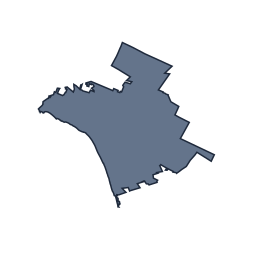 the district of Champotón, Campeche, Mexico, rotated 293°
{"feature_id": "50627088B90852523965903", "entity_name": "Champotón", "entity_type": "district", "adm_level": 2, "iso_a3": "MEX", "parent_name": "Mexico", "parent_adm1": "Campeche", "projection": "equal_earth", "projection_center": [-90.832, 19.131], "detail": "fine", "context": "isolated", "style": "filled", "palette": "slate", "viewbox_px": 256, "rotation_deg": 293, "n_neighbors": 0, "source": "geoboundaries", "source_scale": "gbopen_adm2", "svg_char_len": 5024}
<svg xmlns="http://www.w3.org/2000/svg" viewBox="0 0 256 256"><g transform="rotate(293 128 128)"><path d="M91.5,175.7L91.8,171.0L94.7,169.3L97.8,172.9L97.8,171.0L98.1,171.7L101.4,176.7L105.8,171.9L106.1,172.2L107.1,172.5L107.0,173.0L106.8,174.2L106.2,179.4L103.9,178.9L104.3,180.2L104.6,180.6L106.1,180.9L106.0,182.1L105.9,183.3L105.7,185.9L105.7,186.6L105.0,186.6L105.3,188.0L105.6,189.6L105.6,190.0L105.3,190.5L105.6,190.6L106.8,191.4L108.3,192.3L111.0,193.8L114.9,196.4L115.4,196.7L122.6,197.9L129.1,200.1L132.6,200.9L129.9,217.6L137.1,217.9L138.7,180.3L157.1,182.2L157.9,170.3L158.4,166.1L164.5,166.3L167.7,166.3L168.9,157.2L173.9,152.0L174.2,152.0L174.1,149.3L174.4,148.7L174.3,146.3L174.9,146.3L174.9,141.1L194.1,145.2L192.8,140.4L202.1,144.4L202.9,114.2L204.0,101.3L204.5,89.4L200.4,89.6L198.4,89.5L192.7,89.5L189.5,89.4L179.0,88.4L178.1,96.6L177.5,100.3L176.7,105.7L176.0,110.1L171.1,108.1L172.1,113.4L169.6,112.8L169.0,107.4L165.7,106.6L165.1,106.6L164.2,107.9L158.7,108.0L158.7,106.6L157.4,106.6L157.3,104.2L158.7,104.2L158.7,99.5L156.4,99.4L156.5,97.3L156.4,75.8L153.0,71.7L151.9,72.1L152.3,73.3L150.9,73.6L150.6,73.7L150.8,75.7L153.6,75.1L153.6,77.2L154.2,77.1L154.3,78.7L153.7,79.8L152.8,80.5L150.4,78.9L149.4,81.7L149.3,81.9L149.1,82.1L148.2,82.5L148.2,78.7L145.3,78.4L144.5,71.9L144.9,71.0L144.7,69.2L146.6,69.1L150.1,68.7L149.6,68.4L149.2,67.7L146.6,68.1L145.7,68.2L145.0,68.2L146.6,63.8L147.0,61.1L144.7,62.2L143.3,63.2L142.6,63.5L141.1,63.6L139.7,63.6L140.2,62.1L141.0,59.3L142.0,55.8L140.9,55.4L141.0,54.4L140.7,54.4L140.7,55.1L139.6,55.2L139.5,56.8L136.4,56.8L136.3,56.4L133.5,56.0L133.2,55.7L132.9,55.5L132.9,55.4L132.3,55.1L132.3,51.7L132.3,49.6L135.0,49.4L137.3,49.6L137.7,49.7L137.2,47.7L137.0,47.4L132.5,47.6L132.6,46.1L129.6,46.4L127.1,43.5L126.8,44.6L125.7,44.3L126.3,42.9L124.2,43.2L124.1,42.7L119.1,39.5L117.6,40.0L116.9,40.2L116.8,40.4L116.4,40.4L115.1,40.1L111.8,38.6L110.5,38.1L110.2,38.6L109.8,39.1L109.6,39.3L109.2,39.8L108.9,40.2L108.8,40.3L108.9,40.7L108.8,40.9L108.3,40.8L108.2,40.9L108.4,40.9L108.4,41.1L108.5,41.1L108.5,40.9L108.7,41.1L108.7,40.9L108.8,40.9L108.8,41.0L109.0,41.0L109.1,41.3L109.1,41.5L109.2,42.0L109.2,42.6L109.0,43.6L108.7,43.6L108.5,44.0L108.8,43.7L108.9,44.1L108.9,44.4L109.3,44.4L109.3,44.6L109.5,44.6L109.8,44.7L110.0,44.8L110.1,45.0L110.5,45.1L110.9,45.9L111.2,46.8L111.3,47.3L111.4,48.2L111.3,49.0L111.2,50.2L110.7,52.1L110.3,53.5L109.5,55.8L108.8,57.5L108.7,57.6L108.6,57.8L108.5,58.1L108.3,58.5L108.5,58.7L108.9,58.7L109.0,58.9L109.0,59.1L109.1,59.6L109.2,60.1L109.1,60.7L109.1,61.1L108.8,61.9L108.7,62.2L108.8,62.5L108.8,62.8L108.6,63.3L108.5,63.6L108.3,64.0L108.5,64.4L108.5,64.6L108.5,64.4L108.6,64.5L108.6,65.2L108.4,66.2L108.4,66.4L108.5,66.6L108.5,67.1L108.6,67.3L108.7,67.6L109.0,67.9L109.2,68.4L109.3,70.0L109.3,70.9L109.2,71.7L109.1,72.4L108.8,73.1L108.8,73.3L108.7,73.6L108.8,73.9L108.8,74.4L108.9,74.7L108.9,74.9L108.9,75.1L108.7,75.7L108.6,76.2L108.4,77.0L108.5,77.3L108.5,77.7L108.4,78.2L108.3,78.8L108.1,79.9L107.8,81.0L106.9,83.3L106.7,84.0L106.7,84.4L106.6,87.0L106.7,87.9L106.7,88.3L106.8,88.3L106.9,89.4L107.0,90.1L106.9,91.2L106.8,91.3L106.7,91.3L106.6,91.5L106.3,92.3L105.9,93.2L105.8,93.6L105.3,94.8L104.8,95.9L104.5,96.4L102.7,99.4L101.8,100.7L101.5,101.0L100.4,102.5L98.8,104.5L97.6,105.7L97.0,106.3L94.8,108.5L93.6,109.8L93.1,110.4L92.6,111.0L91.9,111.9L91.2,112.7L91.1,112.9L90.2,114.0L87.8,116.7L87.6,116.9L87.4,117.1L86.9,117.7L86.3,118.4L85.9,118.8L85.9,119.0L85.9,119.3L85.7,119.4L84.5,120.6L84.0,121.1L83.5,121.7L81.2,123.8L79.5,125.3L78.2,126.3L78.0,126.5L77.6,127.0L76.2,128.1L75.2,129.0L75.0,129.3L74.3,130.0L72.8,131.1L72.3,131.4L71.2,132.3L70.9,132.5L70.6,132.8L70.1,133.1L69.9,133.2L69.6,133.4L69.2,133.9L68.1,134.8L67.4,135.3L67.0,135.6L66.2,136.2L65.5,136.8L64.0,138.1L63.8,138.3L63.8,138.5L63.3,139.0L63.0,139.5L62.7,139.8L61.9,140.6L60.8,141.4L60.5,141.7L60.4,141.8L60.4,142.2L60.4,142.5L60.5,142.6L60.4,142.8L60.3,143.0L60.1,143.3L59.5,143.8L58.5,144.6L58.0,145.0L55.2,147.0L54.9,147.3L54.7,147.4L54.3,147.7L53.7,148.2L53.0,148.7L51.5,149.6L51.6,149.8L51.7,150.3L51.9,150.0L52.3,149.7L52.5,149.5L52.7,149.4L52.8,149.5L53.1,149.5L53.3,149.6L53.9,149.3L54.1,149.1L54.1,149.7L54.1,149.9L54.1,150.0L54.3,150.1L54.6,150.2L54.9,150.3L55.2,150.2L55.3,150.0L55.4,149.8L55.7,149.6L55.8,149.4L56.1,149.2L56.4,149.3L56.6,149.2L56.9,148.6L57.0,148.4L57.1,148.1L57.0,147.6L56.8,147.5L56.8,147.3L56.9,147.2L57.2,147.2L57.3,147.1L57.5,147.1L57.7,146.9L57.8,146.9L58.1,146.9L58.3,146.7L58.6,146.7L58.9,146.6L59.2,146.4L59.3,146.2L59.4,145.8L59.5,145.8L59.5,145.7L59.6,145.2L59.9,144.6L60.0,144.6L60.1,144.3L60.3,144.2L60.5,144.1L60.8,144.1L61.1,144.0L61.2,143.9L61.4,143.9L61.5,143.8L61.8,143.8L61.8,144.0L61.8,144.3L62.3,143.9L62.7,145.3L63.0,145.8L68.0,151.3L68.9,149.0L70.2,146.2L73.3,151.5L70.6,154.1L71.2,154.6L77.7,162.4L80.4,158.3L84.2,162.8L84.2,162.2L85.6,163.5L85.5,164.2L85.4,164.2L85.3,164.3L83.8,166.7L84.4,168.6L83.8,169.6L89.2,175.9L89.5,175.4L91.5,175.7Z" fill="#64748b" stroke="#1e293b" stroke-width="1.5"/></g></svg>